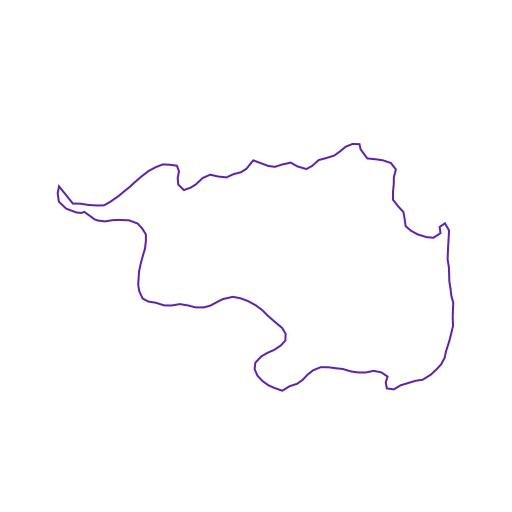 outline of VI-1 East Berbice/W.Canje, East Berbice-Corentyne, Guyana, rotated 280°
{"feature_id": "73187651B47242148474539", "entity_name": "VI-1 East Berbice/W.Canje", "entity_type": "district", "adm_level": 2, "iso_a3": "GUY", "parent_name": "Guyana", "parent_adm1": "East Berbice-Corentyne", "projection": "robinson", "projection_center": [-57.533, 6.069], "detail": "fine", "context": "isolated", "style": "outline", "palette": "violet", "viewbox_px": 512, "rotation_deg": 280, "n_neighbors": 0, "source": "geoboundaries", "source_scale": "gbopen_adm2", "svg_char_len": 2156}
<svg xmlns="http://www.w3.org/2000/svg" viewBox="0 0 512 512"><g transform="rotate(280 256 256)"><path d="M215.3,461.8L221.1,462.2L229.1,460.5L237.1,459.3L244.2,458.4L250.9,455.2L257.7,453.2L264.6,450.8L270.9,449.5L278.4,447.9L285.9,445.3L297.6,443.7L314.7,441.7L321.0,436.4L316.5,431.8L310.5,433.7L304.8,427.6L304.2,420.9L305.3,411.7L307.8,404.2L311.4,398.2L318.7,395.8L324.9,393.5L329.5,387.5L335.2,381.1L343.6,379.7L350.5,379.2L357.5,378.1L365.6,378.7L371.0,372.7L372.3,363.9L372.0,356.4L371.4,348.7L376.8,343.0L379.2,340.5L384.1,338.5L383.1,331.6L379.1,325.2L373.6,320.6L368.5,315.6L364.2,307.3L361.4,301.1L354.4,295.6L350.4,290.5L351.4,281.3L354.0,274.0L350.5,265.6L347.1,259.2L346.8,252.4L348.1,245.5L349.7,236.7L340.2,231.4L335.9,226.7L332.7,219.6L328.3,213.3L327.7,205.3L328.1,196.7L323.5,189.9L316.1,184.4L311.8,179.5L308.4,173.5L312.9,167.0L319.4,165.3L326.0,165.5L331.2,162.4L330.9,155.3L330.0,148.3L326.1,141.9L321.1,135.5L314.1,129.1L307.1,123.4L301.9,119.5L297.2,115.3L290.9,110.0L283.9,102.9L279.4,97.4L278.1,90.3L277.2,82.4L277.0,73.6L275.8,66.6L290.4,49.9L283.5,49.8L275.3,52.4L269.7,60.8L267.7,71.3L268.0,76.3L269.6,79.3L264.1,90.6L263.5,93.6L263.8,101.1L266.4,108.6L267.8,115.1L269.1,124.9L267.4,133.9L263.0,139.5L258.1,143.8L252.1,144.9L244.0,145.4L237.3,144.6L228.5,143.8L220.6,143.5L214.1,144.2L207.1,145.0L200.9,147.2L194.4,151.8L192.4,158.2L192.6,165.1L191.4,174.3L192.7,181.8L195.4,189.3L195.5,197.7L194.9,205.6L196.3,213.5L199.2,219.7L203.4,225.0L207.8,230.8L211.8,240.4L211.7,247.9L210.2,256.1L207.4,264.3L203.8,271.5L199.1,278.2L194.8,285.3L189.7,294.2L184.5,298.7L177.9,299.6L172.2,296.0L166.7,290.2L162.6,284.1L158.1,278.7L150.8,273.9L144.3,274.3L138.4,278.2L134.0,284.1L130.9,290.5L129.2,297.2L127.9,305.3L133.6,311.7L137.3,318.7L142.3,323.6L148.0,327.3L153.4,332.1L157.7,339.0L159.0,346.5L159.3,353.8L159.8,361.0L158.8,369.6L159.1,377.1L160.4,384.4L163.3,391.7L163.2,399.6L160.1,406.5L154.0,405.7L148.3,407.9L148.6,414.9L153.8,420.9L157.5,428.2L160.9,435.0L163.1,441.6L169.4,448.7L175.9,453.6L181.6,457.2L188.6,459.5L194.8,459.6L201.6,460.6L207.8,461.3L215.3,461.8Z" fill="none" stroke="#5b21b6" stroke-width="2"/></g></svg>